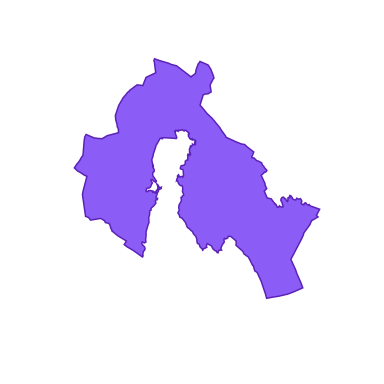 Dagdas pag., Dagdas, Latvia, rotated 63°
{"feature_id": "27541924B87793076838019", "entity_name": "Dagdas pag.", "entity_type": "district", "adm_level": 2, "iso_a3": "LVA", "parent_name": "Latvia", "parent_adm1": "Dagdas", "projection": "robinson", "projection_center": [27.556, 56.097], "detail": "fine", "context": "isolated", "style": "filled", "palette": "violet", "viewbox_px": 384, "rotation_deg": 63, "n_neighbors": 0, "source": "geoboundaries", "source_scale": "gbopen_adm2", "svg_char_len": 6102}
<svg xmlns="http://www.w3.org/2000/svg" viewBox="0 0 384 384"><g transform="rotate(63 192 192)"><path d="M56.3,164.9L57.6,166.3L59.0,166.5L69.3,170.2L69.0,180.9L74.8,187.5L71.6,192.3L73.1,201.2L73.9,203.0L74.0,204.2L74.8,205.8L76.8,210.6L81.6,218.0L89.1,225.6L93.1,227.2L98.1,228.2L99.9,229.0L102.1,228.9L105.8,230.6L103.3,242.0L103.7,247.9L101.6,251.4L99.3,254.7L92.7,260.2L94.1,262.4L97.2,264.7L109.7,272.4L111.0,274.8L112.9,277.7L114.3,280.4L114.5,281.2L117.1,285.9L121.4,284.4L123.3,283.0L128.1,280.3L130.3,278.5L141.8,288.7L144.6,290.8L165.4,297.9L167.7,295.8L171.0,295.1L174.0,285.6L176.0,284.0L176.8,283.7L177.8,282.9L179.6,283.1L180.3,282.8L181.1,281.6L182.2,280.3L185.4,280.2L187.3,280.9L189.5,280.6L190.2,281.1L197.3,278.0L205.9,272.7L208.1,276.3L211.6,274.6L217.5,270.8L227.4,265.7L227.3,265.2L226.2,264.3L225.3,264.3L223.0,262.4L222.7,261.9L222.4,260.7L221.1,259.5L219.8,259.2L218.1,259.5L216.4,260.1L214.7,260.0L214.2,259.4L214.0,258.9L215.7,257.6L215.8,256.1L215.7,255.8L213.5,255.0L208.6,251.9L206.8,251.2L200.9,245.7L199.7,244.2L194.9,242.0L193.1,240.2L189.9,238.3L189.5,237.7L189.6,236.8L188.1,235.9L187.8,235.5L187.0,232.4L185.5,229.2L183.2,228.6L182.6,227.4L183.1,226.5L182.8,226.1L182.0,225.5L181.1,226.7L180.4,226.6L179.9,226.2L179.6,225.5L178.0,224.0L177.5,223.8L176.2,221.8L175.0,220.8L175.1,220.6L174.3,218.8L175.0,218.6L175.0,218.0L173.8,217.1L173.7,218.5L173.3,219.0L169.8,219.2L169.0,219.7L171.2,219.8L173.7,221.0L173.8,221.4L174.7,221.7L174.3,222.7L174.4,223.0L176.3,224.5L176.5,225.0L176.2,225.4L175.0,225.2L174.5,227.1L174.2,227.0L173.8,226.3L173.3,226.4L173.1,227.0L172.0,228.1L171.0,230.0L171.0,230.4L171.5,231.3L171.0,232.4L170.1,232.5L168.3,230.7L168.3,229.9L169.0,228.4L168.9,227.6L168.6,226.5L166.8,224.6L166.3,223.5L165.3,223.2L163.1,223.3L162.5,223.0L162.6,222.2L162.8,221.7L165.4,221.0L166.0,220.4L166.8,220.1L166.9,219.7L166.3,218.9L165.8,218.7L164.7,219.0L162.3,219.1L160.5,219.5L159.2,219.4L156.9,218.0L156.6,216.4L154.6,215.5L151.7,215.6L150.8,215.1L151.4,214.7L151.2,214.6L148.0,214.1L145.3,213.3L144.8,213.0L142.5,210.6L140.6,209.2L135.4,203.9L134.9,203.8L129.7,196.0L131.0,194.2L130.2,194.0L131.0,192.1L135.7,184.1L137.2,181.9L136.8,180.9L130.2,179.9L129.7,179.0L130.3,178.9L129.9,178.5L130.2,178.1L130.2,177.8L130.8,177.5L130.8,177.2L131.6,176.9L130.8,176.1L131.4,175.9L131.4,175.1L131.9,174.0L132.0,172.4L133.0,172.1L134.1,171.3L133.7,170.3L134.5,169.4L135.8,169.0L136.4,168.4L136.9,168.4L137.7,168.0L138.9,168.0L139.3,168.7L138.7,168.7L138.7,169.0L141.1,169.9L142.0,169.6L142.8,169.8L143.6,169.7L144.2,169.4L144.1,169.0L144.4,168.4L144.9,168.5L144.7,167.7L145.7,167.9L146.2,167.6L145.9,166.9L147.0,165.9L147.6,165.6L148.4,165.7L148.1,166.1L148.6,166.3L149.1,166.2L149.2,166.4L149.0,166.7L150.1,166.9L149.8,167.3L150.5,167.4L150.2,167.9L150.3,168.1L151.1,168.0L150.8,168.9L150.3,169.3L150.3,169.6L149.7,169.7L150.3,169.9L149.7,170.0L150.5,170.5L150.8,171.5L151.1,171.8L150.3,172.4L150.4,172.5L150.8,173.0L151.4,172.9L151.4,173.3L151.8,173.6L152.6,174.9L153.7,175.1L154.2,175.6L155.6,176.2L156.1,175.8L157.4,176.0L157.8,176.3L156.9,176.6L157.9,177.3L156.5,178.2L157.2,178.7L157.0,179.1L157.2,179.3L158.5,179.0L158.7,179.7L159.1,180.1L161.6,181.2L161.1,182.4L161.4,183.8L161.9,184.3L163.8,185.2L164.3,186.2L164.3,187.7L163.7,189.6L163.9,190.1L165.4,191.6L166.1,191.8L167.7,190.2L168.4,189.9L174.1,192.4L174.6,193.6L173.6,193.7L172.9,196.2L170.5,196.2L171.2,197.8L172.5,197.5L172.6,198.4L173.3,199.0L173.7,199.8L175.0,200.7L174.9,200.2L175.3,199.9L176.3,199.8L178.3,200.2L180.3,199.7L181.0,199.3L181.5,198.9L181.7,198.1L182.3,197.9L184.2,198.4L187.3,200.3L190.7,200.6L191.1,201.1L191.2,202.4L192.0,203.1L192.0,203.8L191.8,204.1L192.0,204.4L194.3,205.1L195.4,205.9L197.7,209.5L199.7,210.8L202.5,211.7L203.6,213.4L204.4,214.1L206.7,213.8L208.9,214.3L210.7,212.8L216.0,211.7L221.1,212.2L222.7,211.7L223.3,211.1L225.6,210.5L227.4,209.6L230.0,209.7L233.1,208.8L236.2,209.1L237.1,209.6L239.8,210.5L240.7,210.2L241.1,209.6L241.8,209.4L245.0,209.7L247.2,208.8L248.8,209.0L248.8,208.8L247.8,207.8L248.1,205.7L247.9,205.5L248.0,203.9L246.8,203.8L245.1,202.2L245.0,201.9L248.8,199.1L251.7,199.2L252.9,198.9L255.0,198.0L255.5,197.1L257.4,197.1L258.0,196.3L257.0,195.5L256.2,194.3L257.2,192.0L255.3,191.9L253.1,189.4L251.2,185.9L250.1,185.7L248.5,184.8L248.3,184.8L248.2,183.9L249.1,183.4L249.3,181.2L248.0,180.0L248.6,178.4L249.5,177.5L255.8,174.9L259.5,177.0L268.1,173.6L270.8,173.8L275.6,171.3L284.9,171.3L285.2,170.8L290.8,171.9L293.2,170.5L302.9,170.9L316.7,172.9L320.6,173.8L322.3,167.9L324.2,162.2L326.5,152.8L327.1,147.0L327.7,136.8L321.6,136.1L312.0,135.6L308.5,135.0L296.9,134.5L284.1,116.4L280.9,112.3L279.3,111.0L274.7,101.9L271.9,98.6L271.4,91.0L269.4,91.8L265.3,86.1L258.0,93.0L256.3,93.3L256.4,94.1L255.6,95.1L254.8,95.4L253.2,95.6L253.0,96.4L253.1,97.2L254.2,98.0L254.1,98.4L253.0,99.3L252.2,99.7L251.3,99.8L250.5,98.6L249.3,98.2L247.1,98.4L247.0,100.0L245.1,101.5L246.2,103.2L245.4,104.4L243.5,105.6L242.5,105.2L240.0,105.8L239.5,106.4L239.7,106.7L240.6,106.8L241.3,107.6L240.8,107.8L240.6,108.2L240.8,109.2L243.3,110.5L243.8,111.3L242.1,111.8L240.8,111.6L240.5,112.1L238.1,112.8L237.7,114.3L238.2,114.9L238.7,116.0L240.0,116.7L243.1,116.6L244.5,117.2L245.2,117.1L246.1,117.3L246.5,117.6L246.4,118.7L245.1,119.9L244.0,120.4L244.9,121.5L244.5,122.1L244.5,122.7L244.3,122.9L241.4,122.9L240.9,123.4L240.8,123.0L239.5,123.6L234.1,124.5L231.4,127.7L224.0,127.2L222.9,123.9L218.9,123.7L217.5,123.1L208.6,122.8L207.4,118.5L207.2,118.4L207.6,117.8L207.5,116.5L206.8,115.5L206.1,115.5L203.9,116.3L202.0,116.4L199.8,117.0L197.6,116.7L194.4,119.0L193.5,120.1L189.8,121.3L188.9,122.9L187.9,122.8L184.4,118.8L176.6,122.5L173.6,123.5L171.7,126.1L167.4,129.9L158.7,136.8L157.1,136.7L150.2,137.8L147.1,138.0L135.5,140.6L128.8,143.0L120.9,144.7L118.4,145.5L110.5,137.9L110.8,135.3L111.8,133.4L111.5,129.5L104.9,127.3L100.9,121.8L100.6,120.8L98.2,120.2L91.2,119.5L86.1,120.0L79.3,125.6L80.8,128.1L80.7,128.3L84.5,132.5L88.0,135.2L88.7,139.8L89.2,140.5L72.6,148.4L68.8,152.7L66.6,154.4L60.6,160.8L56.3,164.9Z" fill="#8b5cf6" stroke="#5b21b6" stroke-width="1.5"/></g></svg>